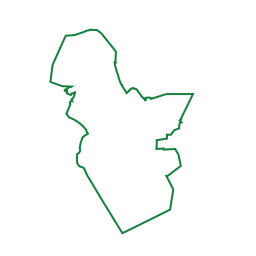 outline of Wierden, Overijssel, Netherlands, rotated 171°
{"feature_id": "6326949B51321432196028", "entity_name": "Wierden", "entity_type": "district", "adm_level": 2, "iso_a3": "NLD", "parent_name": "Netherlands", "parent_adm1": "Overijssel", "projection": "albers", "projection_center": [6.562, 52.343], "detail": "fine", "context": "isolated", "style": "outline", "palette": "green", "viewbox_px": 256, "rotation_deg": 171, "n_neighbors": 0, "source": "geoboundaries", "source_scale": "gbopen_adm2", "svg_char_len": 4856}
<svg xmlns="http://www.w3.org/2000/svg" viewBox="0 0 256 256"><g transform="rotate(171 128 128)"><path d="M169.4,72.0L168.4,69.5L167.9,68.5L167.6,67.6L165.2,61.6L162.6,55.2L159.8,48.6L152.8,31.6L150.0,25.0L134.6,29.7L134.4,29.8L99.2,40.8L92.9,60.2L97.6,74.7L96.3,74.5L81.8,82.3L82.3,93.8L84.4,99.0L84.8,99.9L86.9,100.1L96.2,101.1L96.1,102.2L103.2,102.9L102.8,104.7L102.1,107.8L101.8,109.7L101.6,111.5L95.2,111.4L95.2,111.5L92.8,111.5L91.2,111.4L90.7,114.6L90.5,115.3L88.4,114.9L86.7,114.6L83.7,117.7L82.2,118.8L77.9,119.5L77.7,119.6L77.6,119.8L76.4,124.2L76.4,124.3L76.0,124.7L75.8,124.9L75.7,124.9L75.3,125.1L74.2,125.3L74.6,126.0L74.9,126.4L75.3,126.9L75.8,127.3L75.3,127.8L74.9,128.0L74.2,128.4L74.4,128.6L67.2,139.0L62.2,146.1L59.7,149.6L58.6,151.4L76.6,154.2L79.2,154.6L81.8,155.0L84.3,155.4L85.0,155.5L91.6,154.5L100.8,153.2L100.8,153.3L100.8,153.6L100.7,154.0L100.8,154.1L101.6,154.5L102.5,154.7L103.2,154.9L103.8,155.0L104.4,155.1L105.2,155.0L105.8,155.0L106.0,154.8L106.1,154.7L105.9,154.3L105.9,153.8L105.9,153.6L106.1,153.0L106.5,152.6L106.8,152.7L107.0,153.2L107.0,153.4L107.2,153.6L107.3,153.7L107.3,154.1L107.4,154.4L107.6,154.7L107.7,154.8L107.7,155.0L107.8,155.2L108.0,155.4L108.1,155.5L108.5,155.6L109.0,156.0L109.1,156.3L109.3,156.5L109.4,156.8L109.5,156.9L109.7,157.3L109.8,157.4L109.8,157.6L109.9,157.8L110.0,157.8L110.3,158.7L110.3,158.8L110.4,159.0L110.6,159.4L111.2,160.5L111.9,161.9L112.3,162.3L112.5,163.0L112.7,163.4L113.0,164.1L113.2,164.3L113.4,164.5L113.4,164.8L113.7,165.0L114.3,165.4L114.5,165.5L115.0,165.8L115.2,165.7L116.0,166.1L116.3,166.3L116.2,166.3L115.9,166.3L116.0,166.4L116.6,166.7L116.8,166.5L116.8,166.4L117.0,166.5L117.4,166.4L117.5,166.5L117.8,166.6L118.2,166.5L118.5,166.3L118.6,166.2L118.9,166.2L119.2,166.2L120.7,165.2L120.6,164.8L121.6,164.2L121.4,164.4L121.3,164.5L121.6,164.5L121.7,164.4L121.9,164.0L122.6,163.5L122.8,163.5L123.0,163.4L123.3,163.2L123.8,162.7L124.0,163.0L124.5,164.2L125.5,166.6L127.2,170.6L127.2,171.3L127.4,171.3L127.5,171.3L127.6,171.7L128.0,172.7L128.3,173.6L128.4,174.0L128.6,174.9L128.9,176.2L129.1,178.0L129.6,180.8L129.5,181.0L129.4,181.4L129.4,181.5L129.4,181.8L129.5,182.0L129.8,182.5L130.6,187.8L130.7,188.6L130.7,189.3L130.8,190.1L130.8,190.5L130.9,191.3L131.0,192.0L131.0,192.7L130.9,195.2L130.6,195.2L130.1,195.0L129.9,194.9L130.0,195.7L129.0,200.3L128.0,205.1L128.2,205.7L132.3,213.0L134.3,216.5L137.5,222.1L138.4,223.8L140.2,226.5L143.4,229.6L144.9,229.8L149.5,231.0L149.6,230.8L152.7,230.6L154.1,230.5L156.2,229.9L156.5,229.7L159.0,229.4L166.4,228.1L175.0,228.9L177.6,225.1L183.1,216.7L183.5,216.1L185.6,212.8L191.3,204.2L192.6,202.1L194.9,194.4L195.5,192.2L197.4,185.7L197.2,185.5L186.4,179.6L177.2,177.7L177.7,177.5L178.3,177.5L178.9,177.5L179.0,177.5L179.3,177.6L179.9,177.7L180.1,177.6L180.6,177.3L180.7,177.1L180.9,177.0L181.0,176.8L181.7,176.6L182.4,176.4L182.5,176.3L182.5,176.2L183.0,175.4L183.1,175.5L183.4,175.4L183.4,175.6L183.5,175.8L184.5,175.6L184.7,175.4L184.7,175.2L184.6,174.9L184.6,174.6L184.4,174.5L184.0,174.4L183.8,174.4L183.7,174.4L183.5,174.5L183.4,174.6L183.2,174.4L182.4,174.8L182.3,174.7L182.4,174.2L182.2,173.9L182.6,173.3L182.7,173.2L182.9,172.8L182.9,172.7L183.0,172.3L182.8,172.3L182.7,172.2L182.7,171.9L182.6,171.7L182.3,171.4L182.1,171.2L181.8,171.0L180.2,170.0L180.1,169.9L179.9,169.8L179.4,169.6L179.0,169.6L178.8,169.8L178.5,170.2L178.4,170.4L178.3,170.6L178.3,170.9L177.8,170.9L177.7,170.9L177.2,170.8L176.3,170.8L175.9,171.1L175.8,171.3L175.2,171.4L175.0,171.5L175.0,171.4L174.7,171.2L176.7,167.3L177.5,166.1L179.1,165.4L179.1,165.0L178.9,163.9L179.0,164.0L179.3,163.9L179.6,163.6L179.8,163.6L180.1,163.5L180.4,163.3L180.4,163.2L180.5,163.1L180.5,162.9L180.7,162.7L180.8,162.7L181.1,162.5L181.3,162.4L181.5,161.7L181.5,161.4L181.4,161.2L181.2,160.9L181.2,160.6L183.1,157.4L186.6,151.8L184.5,147.6L183.8,147.2L183.0,146.8L181.7,145.9L180.7,145.2L179.7,144.5L178.3,143.3L177.2,142.4L176.1,141.3L175.1,140.2L174.4,139.5L173.3,138.2L172.2,136.7L171.9,136.4L170.6,134.3L170.1,133.6L170.0,133.3L169.7,132.7L169.4,132.1L169.4,131.9L169.4,131.7L169.4,131.0L169.3,130.8L169.3,130.6L169.1,130.0L168.9,129.6L169.0,129.6L168.5,128.6L169.4,128.2L171.4,127.4L173.0,126.7L173.4,126.5L173.7,126.3L174.1,126.0L174.4,125.8L177.2,120.4L177.4,119.9L177.7,119.1L177.9,118.4L178.7,116.2L178.8,115.7L178.8,115.3L178.7,114.9L178.7,114.6L178.7,114.4L178.7,114.0L178.8,113.4L179.0,112.9L179.2,112.5L179.5,111.9L179.8,111.7L180.0,111.4L180.5,111.0L180.9,110.8L181.2,110.6L182.1,110.3L182.5,109.8L183.3,104.6L183.6,103.1L183.6,102.6L183.6,102.3L183.6,101.9L183.6,101.6L183.5,101.3L183.4,100.6L183.3,100.2L183.1,99.9L183.0,99.5L182.8,99.2L182.7,99.0L182.3,98.5L182.4,98.4L181.8,97.7L179.6,96.5L178.6,95.9L178.2,95.6L178.0,95.4L177.9,95.2L177.6,94.9L177.6,94.6L177.5,94.3L176.0,88.5L175.8,87.9L169.4,72.0Z" fill="none" stroke="#15803d" stroke-width="2"/></g></svg>